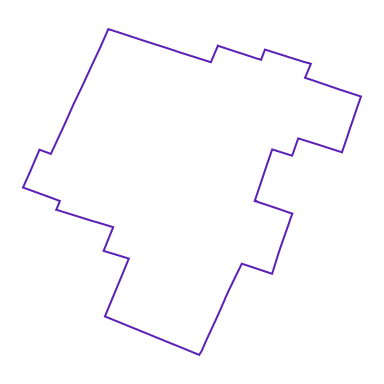 outline of Reviga, Ialomita, Romania
{"feature_id": "2599482B66031816974747", "entity_name": "Reviga", "entity_type": "district", "adm_level": 2, "iso_a3": "ROU", "parent_name": "Romania", "parent_adm1": "Ialomita", "projection": "robinson", "projection_center": [27.13, 44.687], "detail": "fine", "context": "isolated", "style": "outline", "palette": "violet", "viewbox_px": 384, "rotation_deg": 0, "n_neighbors": 0, "source": "geoboundaries", "source_scale": "gbopen_adm2", "svg_char_len": 2341}
<svg xmlns="http://www.w3.org/2000/svg" viewBox="0 0 384 384"><path d="M201.6,351.1L202.7,348.6L205.8,341.4L207.4,337.9L214.7,322.2L216.1,319.3L216.5,318.2L219.6,311.4L221.3,307.5L224.6,300.0L225.1,298.5L226.7,295.1L228.3,291.5L229.5,289.0L231.1,285.7L232.8,282.1L234.3,279.1L235.4,276.7L236.9,273.7L241.8,263.7L272.1,273.8L278.7,252.7L281.4,244.7L289.5,221.7L289.6,221.0L292.4,213.6L290.9,213.1L287.9,212.2L280.3,209.5L273.2,207.1L271.1,206.4L265.8,204.6L260.5,202.9L257.2,201.7L256.5,201.0L255.7,200.8L255.6,201.4L255.3,201.3L254.7,201.1L260.2,184.8L266.0,167.4L272.2,149.4L292.1,155.7L293.4,152.2L298.2,138.4L317.2,144.3L319.6,145.1L321.5,145.7L334.5,149.9L342.0,152.3L342.1,151.8L343.4,148.1L345.4,142.2L345.8,141.1L346.8,138.1L347.0,137.7L350.2,127.8L351.7,123.5L351.8,123.3L356.6,109.0L361.0,96.5L351.4,93.4L350.0,92.9L340.0,89.7L311.2,79.8L305.0,77.8L305.3,77.1L307.2,72.7L310.9,63.8L309.1,63.2L308.0,62.9L307.9,63.0L303.3,61.7L301.5,61.1L299.8,60.6L298.1,60.0L297.5,59.9L297.2,59.8L296.7,59.6L293.2,58.5L288.9,57.2L284.5,55.7L283.4,55.4L270.7,51.4L267.3,50.3L266.7,50.1L264.9,49.6L263.0,54.7L262.3,56.5L261.1,59.8L258.1,58.8L257.9,58.9L243.5,54.1L237.1,52.1L218.0,45.8L217.9,45.7L210.9,62.2L210.5,62.1L210.2,62.0L209.5,61.8L208.2,61.4L207.4,61.1L206.6,60.9L203.3,59.8L198.1,58.2L194.9,57.1L190.9,55.9L179.2,52.2L177.2,51.5L174.6,50.6L172.2,49.8L166.7,48.0L163.9,47.1L161.4,46.3L158.6,45.4L156.7,44.8L154.9,44.3L154.5,44.1L154.4,44.1L152.2,43.4L147.5,41.9L144.5,40.9L141.6,40.0L136.8,38.4L133.2,37.2L110.8,29.9L110.6,29.9L108.3,29.1L100.7,46.4L100.7,46.5L91.7,65.6L91.5,66.0L83.6,83.2L83.5,83.5L74.6,102.0L72.2,107.2L68.6,115.4L62.8,128.3L59.8,134.6L59.7,134.8L58.8,136.8L57.9,138.8L57.4,139.9L56.8,141.1L53.7,147.9L53.6,148.1L52.2,151.0L50.9,153.9L39.5,149.7L29.8,172.4L23.0,187.5L34.0,191.5L53.5,198.6L59.9,201.0L56.3,209.8L56.5,209.8L92.0,220.9L97.7,222.5L113.2,227.2L103.6,250.9L128.8,258.6L121.3,276.9L105.1,316.0L104.9,316.4L105.2,316.6L105.8,316.8L109.1,318.1L113.4,319.9L115.7,320.8L117.9,321.7L119.6,322.4L121.0,323.0L121.7,323.3L124.0,324.2L126.6,325.3L129.6,326.5L131.9,327.4L134.0,328.3L137.4,329.6L140.1,330.8L143.2,332.0L146.9,333.5L151.0,335.2L158.2,338.2L161.4,339.4L162.5,339.9L167.1,341.8L169.4,342.7L171.3,343.5L174.1,344.6L175.6,345.2L199.2,354.9L201.6,351.1Z" fill="none" stroke="#5b21b6" stroke-width="2"/></svg>